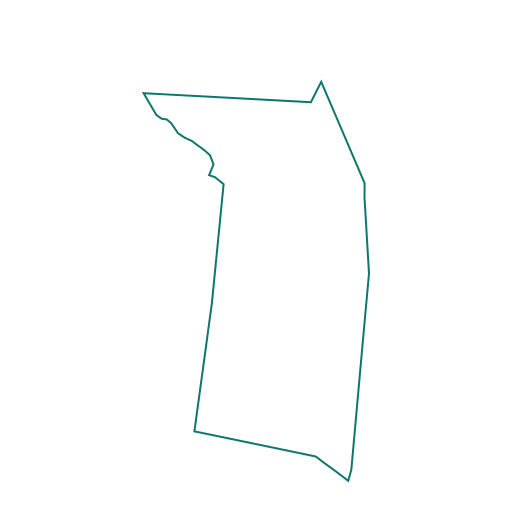 outline of Parazinho, Rio Grande do Norte, Brazil, rotated 108°
{"feature_id": "56859067B43520883342658", "entity_name": "Parazinho", "entity_type": "district", "adm_level": 2, "iso_a3": "BRA", "parent_name": "Brazil", "parent_adm1": "Rio Grande do Norte", "projection": "mercator", "projection_center": [-35.954, -5.303], "detail": "fine", "context": "isolated", "style": "outline", "palette": "teal", "viewbox_px": 512, "rotation_deg": 108, "n_neighbors": 0, "source": "geoboundaries", "source_scale": "gbopen_adm2", "svg_char_len": 545}
<svg xmlns="http://www.w3.org/2000/svg" viewBox="0 0 512 512"><g transform="rotate(108 256 256)"><path d="M70.2,247.8L92.8,251.3L135.9,413.2L152.7,394.3L154.6,388.1L153.7,383.0L155.9,377.7L163.4,368.0L165.5,360.5L166.5,352.2L168.4,346.9L170.0,341.8L171.9,336.5L174.4,330.9L182.0,324.7L193.6,325.6L193.7,319.4L197.7,309.0L314.4,283.4L369.7,273.4L441.8,260.4L428.2,137.0L430.8,130.0L432.7,124.2L436.2,113.5L441.3,98.8L429.8,99.3L303.8,128.1L237.8,143.1L166.8,170.9L153.2,175.2L70.2,247.8Z" fill="none" stroke="#0f766e" stroke-width="2"/></g></svg>